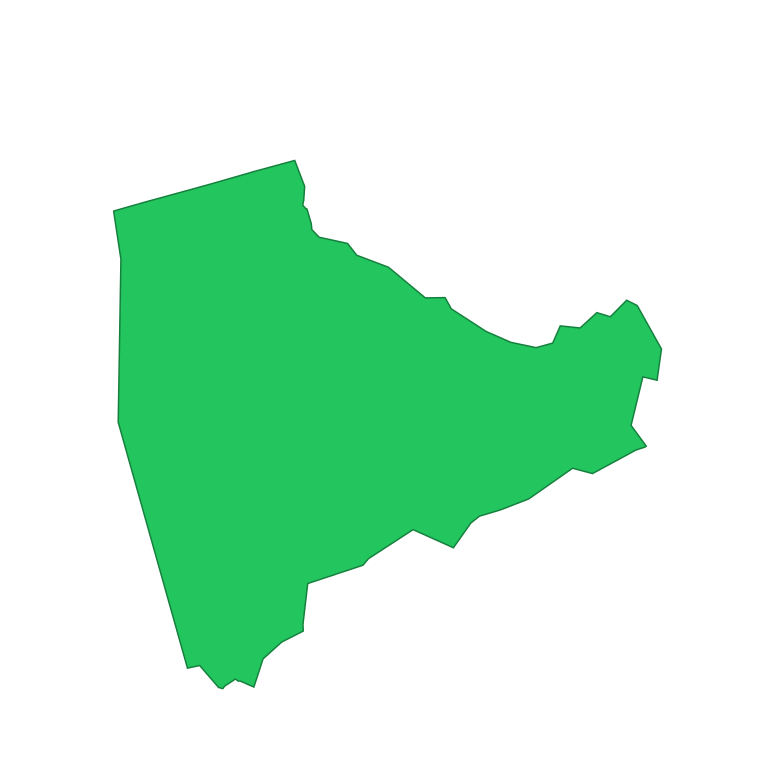 the district of Rutherford, North Carolina, United States of America, rotated 162°
{"feature_id": "52423323B2648092614406", "entity_name": "Rutherford", "entity_type": "district", "adm_level": 2, "iso_a3": "USA", "parent_name": "United States of America", "parent_adm1": "North Carolina", "projection": "mercator", "projection_center": [-81.972, 35.397], "detail": "fine", "context": "isolated", "style": "filled", "palette": "green", "viewbox_px": 768, "rotation_deg": 162, "n_neighbors": 0, "source": "geoboundaries", "source_scale": "gbopen_adm2", "svg_char_len": 1119}
<svg xmlns="http://www.w3.org/2000/svg" viewBox="0 0 768 768"><g transform="rotate(162 384 384)"><path d="M127.3,388.7L148.0,378.0L159.5,386.1L180.2,376.7L198.4,384.8L210.9,370.8L228.2,371.6L250.6,384.5L270.7,402.5L296.8,434.7L299.2,447.3L318.1,453.1L343.6,493.6L370.1,514.8L375.2,528.9L400.3,543.6L404.9,553.1L403.7,558.5L403.6,558.8L403.2,574.2L404.5,575.4L404.9,576.9L405.6,577.9L405.9,579.0L405.8,579.5L404.8,581.5L403.7,583.2L398.4,596.4L399.8,624.2L440.6,626.2L488.2,627.8L488.4,627.8L555.9,630.9L583.7,631.9L587.7,632.0L595.7,583.8L648.6,429.8L658.7,174.5L646.3,173.2L635.0,146.3L634.2,146.1L632.6,144.7L631.6,144.2L631.0,144.3L629.5,145.5L628.2,146.1L616.5,149.3L615.9,148.5L615.2,147.6L614.8,146.7L612.7,146.0L601.4,136.0L583.9,160.0L561.0,170.2L537.1,174.0L535.4,180.3L518.2,217.8L486.0,218.0L459.9,218.2L452.7,222.7L401.4,236.5L368.6,206.8L344.3,225.0L334.0,228.8L312.1,228.3L281.8,230.0L230.7,245.6L213.4,234.4L170.9,242.2L165.3,243.3L155.1,243.4L153.8,243.9L161.8,268.3L135.6,310.8L123.1,303.2L122.1,305.3L109.3,331.5L118.9,380.3L127.3,388.7Z" fill="#22c55e" stroke="#15803d" stroke-width="1.5"/></g></svg>